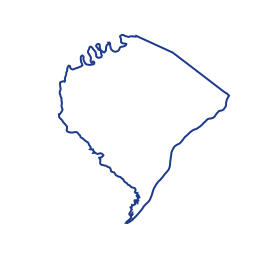 outline of Matias Cardoso, Minas Gerais, Brazil, rotated 204°
{"feature_id": "56859067B84292172755302", "entity_name": "Matias Cardoso", "entity_type": "district", "adm_level": 2, "iso_a3": "BRA", "parent_name": "Brazil", "parent_adm1": "Minas Gerais", "projection": "mercator", "projection_center": [-43.736, -14.838], "detail": "fine", "context": "isolated", "style": "outline", "palette": "blue", "viewbox_px": 256, "rotation_deg": 204, "n_neighbors": 0, "source": "geoboundaries", "source_scale": "gbopen_adm2", "svg_char_len": 5216}
<svg xmlns="http://www.w3.org/2000/svg" viewBox="0 0 256 256"><g transform="rotate(204 128 128)"><path d="M142.2,89.1L141.6,88.5L140.4,87.9L139.3,84.8L138.6,84.0L137.5,83.6L132.9,84.5L130.9,84.3L128.7,84.4L127.6,83.7L126.7,82.9L126.1,81.7L124.9,81.5L122.4,81.7L121.4,81.0L119.9,80.0L117.0,79.7L115.1,80.1L114.0,79.7L111.4,79.1L110.3,78.1L108.9,77.4L107.6,77.2L106.3,77.0L105.2,76.2L103.0,76.2L101.9,75.6L100.1,75.3L98.3,75.8L97.1,75.7L95.9,74.7L95.6,72.2L94.7,71.8L93.0,72.6L92.5,71.2L92.6,69.6L91.8,69.1L90.9,70.6L90.2,69.9L89.4,69.3L90.3,67.6L90.2,66.7L89.4,66.1L91.2,65.3L89.3,64.6L88.9,63.4L90.4,63.9L92.2,63.8L91.5,62.7L90.4,61.5L91.4,60.1L92.1,59.4L93.1,59.3L92.4,57.3L93.4,56.5L92.4,55.7L91.4,55.3L91.6,52.2L92.0,50.6L91.5,49.5L90.4,49.2L89.7,50.4L89.3,51.9L88.6,50.7L89.6,48.5L88.4,47.3L89.1,46.0L89.8,44.2L90.9,42.1L91.3,40.5L90.0,40.9L89.0,42.1L88.0,43.6L87.3,44.8L86.8,45.5L86.4,46.4L86.1,47.3L85.7,48.3L85.4,49.2L85.0,50.2L84.6,51.2L84.3,52.3L84.0,53.2L83.5,54.7L83.2,56.0L82.9,56.9L82.6,57.9L82.3,59.0L82.1,60.0L81.9,61.0L81.8,62.0L81.6,63.2L81.1,64.6L80.7,65.7L80.2,66.9L79.7,68.1L79.2,69.6L78.9,70.8L78.8,72.1L78.9,73.7L78.9,75.2L79.0,76.2L79.1,77.3L79.3,78.6L79.5,80.0L79.6,81.3L79.7,82.4L79.7,83.5L79.6,84.5L79.5,85.5L79.4,87.0L79.2,88.1L79.0,89.3L78.7,90.6L78.4,91.7L77.8,93.0L77.3,94.2L76.9,95.6L76.4,97.3L76.1,98.6L75.9,99.6L75.7,100.5L75.3,101.9L74.8,103.3L74.4,104.8L74.0,106.2L74.0,108.2L74.2,110.0L74.7,111.5L75.2,112.9L75.8,114.6L76.1,115.9L76.5,117.1L76.9,118.6L77.3,120.0L77.6,121.1L77.9,122.0L78.3,123.2L78.4,125.8L78.4,127.2L78.3,128.2L78.1,129.5L77.7,130.7L77.1,131.6L76.6,132.4L76.0,133.2L75.2,134.0L74.5,135.0L74.1,136.0L73.6,137.6L73.3,138.9L73.0,139.8L72.8,140.9L72.5,142.2L72.2,143.2L71.8,144.0L71.3,145.0L70.9,146.0L70.5,147.0L70.0,148.2L69.5,149.3L68.8,150.7L68.2,151.7L67.7,152.6L67.1,153.3L66.1,154.1L65.0,155.2L64.4,156.1L63.7,157.3L62.9,158.5L62.2,159.9L61.6,161.2L61.3,162.3L61.0,163.3L60.5,164.3L60.0,165.4L59.7,166.4L59.2,167.7L58.6,168.8L57.6,169.6L56.7,170.1L55.7,170.7L54.9,171.5L54.2,172.2L53.8,173.1L53.4,174.2L53.2,175.5L53.0,176.9L52.6,178.1L52.2,179.3L51.8,180.5L50.6,181.4L49.3,182.3L48.8,183.0L48.2,183.8L47.9,185.3L47.7,186.5L47.5,187.5L47.7,188.5L48.1,189.4L48.5,190.5L48.8,192.1L49.1,193.4L49.2,194.4L49.2,195.8L49.0,197.1L48.9,198.7L50.2,199.1L51.0,199.6L54.3,200.0L55.8,200.3L87.5,207.9L112.7,213.9L118.0,215.1L138.0,215.3L146.6,215.4L147.7,215.4L158.1,215.5L158.1,214.6L162.4,213.1L163.6,212.3L164.3,211.5L165.2,211.3L166.5,211.1L167.8,210.9L168.7,210.9L169.6,211.1L170.5,211.0L171.3,210.6L172.1,209.6L172.6,208.5L171.4,207.3L170.3,206.0L169.7,204.7L169.3,203.6L168.4,203.3L167.2,203.3L166.2,203.5L164.8,204.0L163.7,204.0L163.6,203.0L164.2,201.8L164.9,201.0L165.7,200.4L166.8,199.6L167.8,198.9L168.1,197.8L168.0,196.5L168.1,195.2L168.7,194.0L169.8,193.1L170.8,192.4L172.2,192.2L173.6,192.3L174.9,192.9L176.0,193.5L176.8,194.7L177.6,195.7L178.3,196.9L178.8,198.1L179.8,198.5L180.9,197.8L179.9,196.9L180.5,195.8L181.1,195.1L181.0,194.1L180.9,192.9L180.4,191.6L179.8,190.3L179.9,188.5L180.6,187.3L181.6,187.3L182.5,187.5L183.5,187.8L184.5,187.7L183.7,186.7L183.1,185.4L182.2,184.4L181.3,183.4L181.3,181.9L182.0,181.2L182.9,180.4L184.2,180.0L185.3,180.1L186.5,180.9L186.9,182.2L187.9,183.3L188.7,184.4L189.7,184.9L190.9,185.4L191.9,185.8L192.9,186.6L193.8,186.9L194.7,187.2L195.7,186.9L196.0,185.9L195.7,184.6L195.8,183.2L195.7,181.6L195.0,180.4L193.9,179.8L192.4,178.7L191.1,177.9L190.2,176.8L190.0,175.5L189.6,174.4L189.0,173.4L188.1,172.9L187.2,173.6L186.9,174.6L185.8,174.5L185.2,173.8L185.1,172.8L186.0,171.7L186.9,171.2L187.7,170.7L188.7,170.0L190.2,169.6L191.4,169.3L192.8,169.4L194.1,170.2L195.3,171.2L196.1,171.9L196.9,173.0L197.2,174.3L197.8,175.3L199.1,175.7L199.8,175.0L200.0,173.7L199.3,172.1L198.6,170.7L197.7,169.3L196.4,168.2L195.2,166.9L195.8,165.3L196.7,164.4L197.6,163.6L198.2,162.7L199.2,162.0L200.2,161.0L201.0,160.2L201.8,159.4L202.6,158.9L203.9,158.9L205.2,159.4L205.6,160.2L206.3,161.0L207.4,160.9L207.8,160.0L207.8,158.5L207.5,157.0L206.9,155.8L206.9,154.6L206.8,153.2L206.3,152.0L206.1,151.1L206.1,150.0L206.0,148.8L205.7,147.3L204.8,145.9L204.8,144.5L205.9,144.5L206.8,143.9L207.7,142.9L208.5,142.1L208.1,140.6L207.4,139.6L207.0,138.5L206.3,137.7L205.5,136.5L205.2,135.4L205.2,134.0L204.7,132.4L204.1,131.3L203.3,130.7L202.7,129.9L202.0,129.0L200.8,128.2L200.3,126.8L199.7,125.6L198.8,124.6L198.3,123.2L198.0,122.3L197.8,121.2L196.6,119.6L195.5,118.6L195.1,117.3L195.8,113.1L196.7,112.5L195.8,110.7L194.7,109.5L191.9,108.5L190.7,107.8L189.4,106.8L188.2,106.5L187.0,105.9L184.3,104.5L183.6,103.0L183.1,100.8L182.1,100.2L180.4,100.1L179.3,100.3L176.7,101.3L174.9,102.7L173.0,103.3L172.1,103.2L170.1,102.0L168.8,101.7L167.5,100.3L164.9,100.0L162.3,99.1L159.9,98.6L158.6,98.5L156.3,96.5L154.5,95.4L153.7,94.3L154.0,93.2L152.4,93.6L151.3,94.2L150.6,93.2L149.5,92.7L149.6,91.1L147.9,92.1L146.7,91.8L145.1,92.0L142.8,93.8L141.0,93.8L139.4,93.1L139.7,91.8L140.3,90.4L141.3,89.8L142.2,89.1ZM184.5,187.7L185.5,189.0L186.4,190.0L186.9,190.9L187.3,191.8L188.0,192.7L188.9,192.9L189.9,192.3L190.6,191.2L190.6,190.2L189.9,189.4L188.7,188.9L187.9,188.5L187.0,187.7L185.5,187.6L184.5,187.7Z" fill="none" stroke="#1e3a8a" stroke-width="2"/></g></svg>